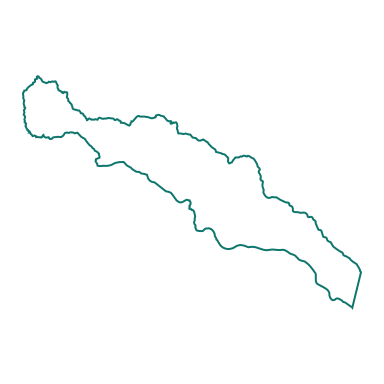 Córdoba, Nariño, Colombia (Mercator projection)
{"feature_id": "7082276B38923915219362", "entity_name": "Córdoba", "entity_type": "district", "adm_level": 2, "iso_a3": "COL", "parent_name": "Colombia", "parent_adm1": "Nariño", "projection": "mercator", "projection_center": [-77.448, 0.762], "detail": "fine", "context": "isolated", "style": "outline", "palette": "teal", "viewbox_px": 384, "rotation_deg": 0, "n_neighbors": 0, "source": "geoboundaries", "source_scale": "gbopen_adm2", "svg_char_len": 5882}
<svg xmlns="http://www.w3.org/2000/svg" viewBox="0 0 384 384"><path d="M38.6,76.5L37.4,76.3L37.0,76.6L36.8,76.9L37.1,78.7L36.6,79.0L35.0,79.4L35.0,81.6L34.3,82.3L32.9,82.8L32.9,84.2L30.7,85.3L28.0,87.5L26.6,89.5L26.4,90.2L24.2,90.7L23.7,92.2L23.0,93.1L23.1,95.0L23.4,96.1L23.2,98.1L24.3,100.6L23.9,101.7L23.7,104.2L24.4,105.8L24.3,107.1L25.2,107.8L24.8,109.1L23.9,110.1L24.4,112.6L23.7,114.7L24.6,115.7L25.1,116.9L24.4,119.6L24.9,121.0L24.6,122.3L26.1,123.5L25.5,125.9L25.9,126.3L25.8,126.6L26.6,128.5L27.1,129.0L27.3,129.9L27.9,130.0L28.3,131.1L29.3,131.2L29.7,131.6L29.9,132.2L29.4,132.7L30.3,132.8L30.8,134.1L31.9,134.9L32.4,135.9L32.8,136.2L34.5,135.5L35.7,136.1L36.0,137.0L36.7,136.6L37.2,137.1L39.0,137.2L40.2,137.4L40.8,137.2L41.2,137.5L42.2,137.0L42.8,135.4L43.4,135.0L43.6,136.0L45.3,137.4L46.2,137.7L48.4,137.2L49.0,137.5L49.1,138.3L49.7,138.9L50.9,139.0L51.8,138.8L52.9,137.6L53.6,137.3L58.2,136.8L60.4,137.1L61.3,137.0L63.4,135.5L64.8,133.1L66.5,132.6L67.3,132.5L67.8,132.8L68.9,132.9L70.2,132.4L71.7,132.3L73.3,132.6L74.5,133.3L77.4,132.7L81.1,136.7L83.0,137.9L84.6,138.6L87.0,142.1L89.6,145.2L90.4,145.8L91.1,146.1L92.5,148.0L94.1,149.1L94.8,150.7L97.2,151.9L99.0,153.7L98.9,154.7L99.6,156.7L99.4,157.8L96.0,159.1L95.8,159.5L95.9,160.3L95.6,160.9L95.7,161.6L97.2,163.9L97.5,165.6L99.6,166.1L103.2,165.8L107.1,165.9L111.0,165.1L115.3,162.9L119.5,162.1L123.7,162.0L126.9,165.5L130.9,167.7L132.4,169.3L136.3,171.7L139.4,172.0L141.3,173.5L144.2,173.9L147.0,174.8L148.2,178.6L149.9,180.7L152.0,181.9L154.6,182.4L165.9,191.3L168.6,191.8L170.9,192.8L172.2,194.3L176.5,200.3L177.8,201.4L179.6,202.3L180.8,202.5L183.1,201.7L186.0,200.0L187.0,199.8L189.7,200.5L189.6,201.2L190.3,201.8L190.6,202.8L190.6,203.6L190.4,204.5L189.6,205.3L189.4,206.3L189.8,207.0L189.4,207.7L189.3,208.7L190.3,209.2L191.4,209.2L192.0,210.1L192.9,210.1L193.8,211.1L194.3,212.6L195.2,216.6L194.8,217.6L194.7,220.5L194.0,222.3L194.6,224.3L195.4,225.2L195.6,226.2L195.3,227.5L196.5,230.3L198.9,231.0L202.2,231.1L203.1,230.8L204.8,229.0L205.7,228.6L208.9,228.3L211.2,229.1L212.7,230.5L214.0,232.3L214.6,233.9L214.9,236.1L216.3,238.5L216.4,239.6L217.5,240.4L217.8,241.3L220.6,245.6L222.7,247.4L224.4,248.2L226.2,248.8L228.8,249.1L232.9,248.2L236.8,245.9L239.1,245.2L240.5,245.0L244.5,245.7L248.2,247.2L252.5,246.8L255.5,247.2L262.8,249.6L265.9,250.2L267.7,250.1L272.2,249.5L279.4,250.1L282.5,249.8L284.4,250.0L287.1,251.4L290.1,253.6L293.1,254.6L295.3,255.7L299.2,259.8L301.6,260.7L304.8,261.5L308.7,264.6L312.3,268.9L315.4,273.2L315.8,274.5L315.8,280.4L316.0,281.8L316.6,283.1L317.6,284.1L324.2,287.6L327.4,289.8L328.8,291.7L329.4,293.1L329.4,295.4L330.2,297.7L331.5,299.5L333.0,300.2L334.6,299.9L335.8,298.9L337.1,298.4L339.0,298.8L341.9,300.5L343.2,302.0L344.8,302.3L346.0,303.1L350.5,306.3L351.7,306.9L352.3,307.7L361.0,272.2L360.2,271.3L359.8,269.5L356.7,264.2L352.5,261.4L350.4,259.6L349.8,258.4L346.1,256.3L344.3,255.7L343.4,255.0L343.2,254.1L342.2,252.4L340.8,251.8L337.3,249.6L333.3,246.6L330.6,242.1L328.4,241.3L327.4,240.4L326.7,238.3L326.2,237.6L323.5,236.9L323.0,236.1L321.5,231.1L321.0,230.4L320.1,230.0L318.6,229.8L318.2,229.2L315.8,223.7L315.6,222.6L315.7,221.6L314.9,220.6L313.3,219.5L312.7,218.0L311.9,217.1L311.0,216.8L308.7,217.2L308.1,217.0L307.7,216.6L307.5,215.2L306.8,214.1L305.8,213.2L304.8,212.7L302.4,212.6L300.9,212.9L297.4,212.1L295.1,212.1L293.7,211.7L292.8,210.9L292.9,208.6L292.4,207.2L291.7,206.3L289.7,205.5L289.2,204.5L289.3,203.7L288.5,202.8L287.8,202.5L286.6,202.6L284.5,201.8L280.3,199.8L276.4,197.3L275.0,197.4L272.0,197.0L270.1,197.8L268.5,197.9L267.1,197.5L265.9,196.6L264.3,194.4L263.4,192.5L263.7,189.8L262.7,187.2L262.4,185.2L262.9,181.6L262.3,180.8L261.2,180.5L260.6,179.6L260.4,178.8L260.8,177.9L260.7,175.9L260.1,174.5L258.8,172.4L258.8,171.2L259.8,169.7L259.7,169.0L259.4,168.3L257.6,166.5L257.2,164.4L256.0,162.2L255.0,160.5L253.6,158.6L252.0,158.0L249.6,156.4L248.1,155.8L247.7,155.8L247.3,156.3L246.7,156.5L244.4,155.7L243.3,155.8L241.7,156.6L240.6,156.4L238.9,157.4L235.4,157.5L233.0,160.4L232.0,162.2L229.2,163.4L228.0,161.6L228.2,158.2L227.6,157.1L226.5,156.4L225.3,154.9L223.9,154.2L222.3,154.0L221.4,153.3L216.0,151.9L215.6,150.1L215.1,149.4L211.9,147.3L208.6,143.8L207.5,142.1L206.4,141.7L204.3,140.1L203.6,139.9L203.2,139.5L200.1,140.7L198.2,140.4L195.8,138.1L192.6,137.5L190.2,134.5L189.0,134.5L185.7,133.6L183.3,134.0L180.1,133.4L178.5,133.5L178.1,132.9L177.6,130.1L177.1,129.4L176.9,127.7L177.4,126.7L177.2,124.8L177.1,123.9L176.4,122.7L175.9,122.3L173.7,122.9L173.2,122.5L171.9,123.6L170.9,123.7L170.6,123.3L171.3,122.5L171.1,121.3L170.1,121.1L169.3,121.4L167.2,120.6L165.3,118.1L164.4,117.5L164.0,116.5L160.7,115.7L159.6,115.1L158.3,114.8L156.2,115.4L155.4,116.6L155.7,116.9L155.0,117.5L152.0,118.3L150.8,118.1L147.2,116.9L146.3,117.0L145.0,116.6L140.0,116.6L139.0,116.0L138.1,116.0L136.6,116.9L133.0,121.1L132.2,121.6L131.5,121.4L131.5,122.1L130.6,123.0L130.3,124.7L129.8,125.0L129.3,125.6L127.6,124.9L124.1,123.0L120.9,122.7L120.8,121.6L120.4,121.5L119.9,120.7L118.9,120.5L118.0,119.6L117.0,119.2L116.3,119.7L115.0,120.1L114.4,119.8L113.8,118.9L112.9,118.5L108.3,118.0L106.5,118.5L104.5,118.5L103.3,118.8L101.8,118.6L99.7,117.7L98.6,118.1L97.5,119.7L95.4,119.2L94.0,119.7L92.3,119.5L91.6,119.7L89.4,118.5L88.6,118.7L87.4,120.1L86.9,120.1L86.6,119.0L85.6,117.7L85.2,116.6L83.6,115.3L83.3,114.1L82.5,113.5L80.8,113.2L80.3,111.9L79.1,110.5L77.4,110.4L76.5,109.8L75.7,109.9L73.6,109.2L72.7,108.6L72.4,106.8L71.4,104.1L70.1,103.1L69.6,102.1L68.3,101.0L68.2,99.1L66.9,97.4L66.9,96.5L67.3,95.0L67.2,92.6L66.6,92.2L65.4,92.3L64.4,91.9L63.7,92.8L63.0,93.1L62.6,92.8L62.4,92.0L61.6,92.2L60.8,91.2L58.5,90.2L58.5,89.3L57.6,88.0L57.5,86.5L57.8,85.4L56.9,84.1L55.8,81.6L55.1,81.3L53.9,81.8L52.2,81.4L50.5,82.2L48.9,81.7L47.9,82.6L46.3,83.1L42.6,81.6L41.8,80.5L41.5,79.5L40.8,78.7L39.3,77.8L38.6,76.5Z" fill="none" stroke="#0f766e" stroke-width="2"/></svg>